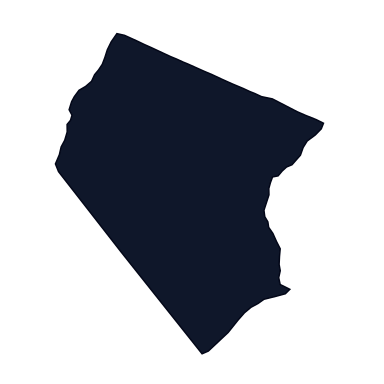 the district of Carrasco Bonito, Tocantins, Brazil, rotated 177°
{"feature_id": "56859067B48669193450299", "entity_name": "Carrasco Bonito", "entity_type": "district", "adm_level": 2, "iso_a3": "BRA", "parent_name": "Brazil", "parent_adm1": "Tocantins", "projection": "albers", "projection_center": [-48.022, -5.331], "detail": "fine", "context": "isolated", "style": "filled", "palette": "ink", "viewbox_px": 384, "rotation_deg": 177, "n_neighbors": 0, "source": "geoboundaries", "source_scale": "gbopen_adm2", "svg_char_len": 1190}
<svg xmlns="http://www.w3.org/2000/svg" viewBox="0 0 384 384"><g transform="rotate(177 192 192)"><path d="M258.7,354.1L264.8,346.2L269.1,338.5L272.0,330.8L274.9,324.2L279.0,318.7L283.1,314.3L286.5,307.8L292.7,303.0L299.5,299.5L304.5,293.4L307.5,288.5L310.4,280.6L307.8,275.0L309.6,269.9L313.2,266.0L313.5,258.5L316.4,250.3L320.3,243.9L322.5,236.2L326.9,227.2L324.2,219.3L265.7,135.5L190.4,29.9L184.0,32.3L163.2,49.9L152.9,61.5L146.0,68.6L139.1,73.8L131.9,77.2L125.8,81.1L113.4,83.5L104.1,85.5L99.4,89.7L108.8,95.0L109.9,101.9L108.0,108.8L108.8,115.1L108.0,123.0L106.9,130.7L110.2,138.1L113.4,146.4L117.3,152.7L117.8,158.2L120.6,163.5L121.1,170.0L118.1,177.8L115.3,185.1L115.1,191.5L113.2,197.2L110.8,202.8L105.2,203.6L100.9,208.2L96.3,212.0L90.7,214.0L86.7,218.1L81.8,223.1L78.7,230.6L74.3,236.9L65.9,242.5L59.6,248.3L57.1,253.8L64.2,257.8L74.8,262.7L82.8,266.7L106.9,280.8L117.6,283.6L124.2,287.1L129.0,289.3L135.4,292.7L146.6,298.1L156.9,303.4L165.5,308.0L173.9,312.1L181.5,316.0L189.5,320.1L194.2,322.3L200.5,325.6L206.2,328.3L214.5,332.7L220.7,336.0L225.4,338.5L231.9,341.8L238.3,345.3L245.4,349.0L251.2,352.0L258.7,354.1Z" fill="#0f172a" stroke="#020617" stroke-width="1.5"/></g></svg>